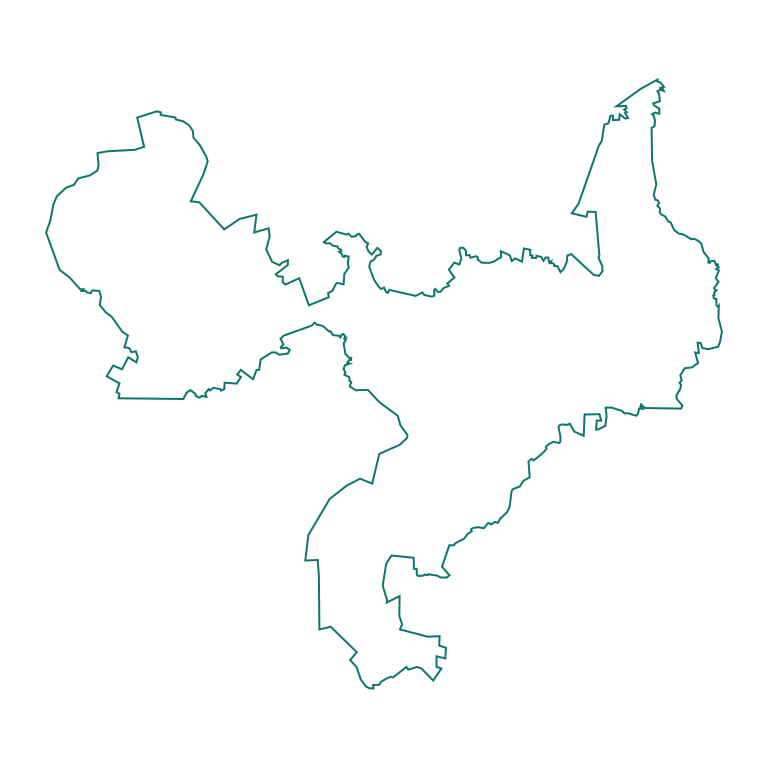 the district of Pichucalco, Chiapas, Mexico
{"feature_id": "50627088B71001780437280", "entity_name": "Pichucalco", "entity_type": "district", "adm_level": 2, "iso_a3": "MEX", "parent_name": "Mexico", "parent_adm1": "Chiapas", "projection": "mercator", "projection_center": [-93.132, 17.509], "detail": "fine", "context": "isolated", "style": "outline", "palette": "teal", "viewbox_px": 768, "rotation_deg": 0, "n_neighbors": 0, "source": "geoboundaries", "source_scale": "gbopen_adm2", "svg_char_len": 6094}
<svg xmlns="http://www.w3.org/2000/svg" viewBox="0 0 768 768"><path d="M329.7,498.9L308.4,535.0L305.3,560.5L317.7,560.0L318.9,575.9L319.4,629.5L330.7,626.7L356.8,652.2L350.1,660.0L356.5,667.0L360.8,679.5L365.8,686.3L369.2,688.2L373.5,688.5L373.1,685.0L379.2,684.8L381.1,681.8L386.6,678.5L390.5,676.8L393.1,677.4L406.4,667.0L408.4,669.7L417.0,666.9L421.6,668.7L433.2,680.5L441.4,668.5L436.5,666.8L436.5,656.3L445.3,658.4L446.0,647.8L439.2,645.6L439.6,636.2L427.6,636.7L400.0,629.4L402.1,624.3L399.3,615.9L399.6,596.1L386.8,602.5L387.2,600.6L382.7,585.7L386.2,563.8L391.4,555.5L413.7,557.8L413.9,568.8L416.6,569.0L416.9,574.9L418.4,576.0L423.6,575.6L424.3,574.6L427.7,575.2L428.2,574.2L437.4,575.7L440.5,577.5L446.7,577.5L449.5,575.3L442.0,566.7L449.4,545.2L453.7,545.3L455.6,543.1L464.2,538.6L467.4,534.1L471.7,531.4L471.0,529.3L472.8,528.1L477.8,527.2L483.9,528.2L488.1,523.0L491.6,524.4L494.5,522.0L497.9,522.8L499.8,519.1L507.3,511.9L509.7,506.5L511.6,491.0L513.3,488.9L519.7,486.6L523.4,480.8L529.7,477.3L528.5,461.5L531.5,458.9L533.7,460.3L538.7,456.5L544.1,451.7L546.5,448.9L545.8,446.7L549.1,443.9L553.5,441.8L559.3,443.0L560.3,441.8L560.5,437.0L558.5,426.9L559.4,425.4L561.9,424.4L567.5,424.9L569.7,423.6L574.3,431.6L583.7,435.8L584.6,414.5L599.5,414.2L601.2,420.6L596.8,420.5L596.0,429.6L599.0,429.1L605.3,425.8L606.6,416.3L605.6,407.6L611.6,407.6L621.9,410.9L624.4,413.4L627.8,413.2L636.0,415.7L637.9,414.2L639.1,408.4L642.6,408.9L640.5,406.4L641.1,404.4L644.8,408.0L681.0,408.6L682.4,405.6L676.8,399.0L676.3,395.7L680.3,388.8L681.0,384.8L679.6,382.8L681.7,380.4L680.3,375.3L684.7,368.3L692.1,367.3L698.0,363.1L695.2,352.5L698.8,353.1L697.6,342.7L700.6,342.9L702.3,348.0L708.3,349.2L718.2,346.7L720.2,341.2L721.9,331.6L718.4,318.0L718.8,305.9L718.0,307.0L716.5,305.2L716.3,298.9L713.9,298.4L713.3,295.4L714.4,295.2L714.1,292.8L716.4,290.2L714.8,289.9L714.2,288.0L718.5,281.9L715.8,278.1L718.9,270.4L716.2,269.1L718.7,267.4L716.3,265.3L718.7,264.5L716.0,264.2L714.2,260.8L710.1,261.3L709.8,262.9L708.3,262.4L708.7,258.5L703.5,251.9L701.4,243.7L698.3,240.9L694.4,238.8L691.3,239.2L683.5,234.5L678.8,233.6L674.3,230.2L670.6,222.4L668.2,221.4L665.0,216.3L661.3,214.5L659.7,212.3L660.1,208.5L657.4,205.9L659.1,203.0L657.8,200.4L655.4,199.7L653.7,194.8L656.3,184.4L652.1,160.6L651.6,127.9L654.5,126.3L655.0,120.4L653.5,115.1L652.1,114.2L654.9,112.6L659.3,113.7L659.3,108.6L654.1,105.4L653.3,103.4L659.9,101.2L659.0,93.7L657.4,91.2L660.7,89.7L663.8,91.0L662.7,88.7L659.4,88.1L664.0,86.9L660.9,82.8L657.4,81.5L657.6,79.5L640.8,88.8L616.5,106.3L626.0,105.9L626.5,108.2L624.2,109.6L626.8,112.2L625.0,113.1L628.1,118.0L625.2,118.5L619.7,114.3L619.1,119.8L613.1,120.1L612.9,115.7L610.4,115.8L608.5,123.3L604.3,124.6L601.8,140.7L598.8,145.9L578.6,203.6L571.8,213.3L586.5,216.8L587.7,211.7L595.6,211.9L599.4,255.6L598.5,257.7L602.3,266.3L602.4,271.3L599.0,275.9L593.6,274.8L571.2,254.1L567.3,255.7L566.9,261.6L563.6,269.1L560.5,272.2L557.5,266.3L554.1,265.9L554.4,264.6L552.6,263.1L550.2,263.2L550.9,261.6L549.4,262.7L548.2,257.5L545.5,257.5L543.5,260.8L541.2,257.0L536.5,255.8L536.0,258.0L531.8,257.8L532.4,255.4L530.2,255.0L530.3,249.8L523.9,248.5L522.0,261.6L515.0,258.4L511.9,261.0L509.7,255.3L500.8,251.2L501.2,257.1L494.0,261.5L489.2,262.9L481.7,262.7L477.8,259.7L477.8,257.3L476.0,256.2L470.4,257.7L469.6,255.1L466.0,255.3L465.9,250.9L463.5,247.9L460.5,247.7L459.2,249.6L461.3,258.8L459.2,264.5L454.3,262.6L448.9,269.7L454.4,277.6L447.3,283.4L449.1,285.9L443.9,287.8L440.5,291.7L437.8,291.9L435.3,288.9L434.2,289.8L434.3,295.8L431.4,296.6L424.3,295.0L422.5,292.5L415.6,295.9L389.3,289.9L387.8,292.9L385.9,291.7L384.0,287.6L381.0,289.0L378.4,286.3L374.0,279.7L369.2,266.8L370.5,261.6L374.2,259.4L376.4,255.9L380.5,254.5L381.1,251.3L377.3,247.9L371.9,254.6L368.6,251.5L366.6,247.1L368.2,243.3L365.2,241.9L359.2,233.8L356.4,234.7L355.9,236.1L351.6,236.8L348.3,233.6L346.8,234.6L336.4,231.8L323.8,242.1L326.4,243.5L330.0,243.2L333.2,245.8L337.6,246.5L338.3,248.6L341.1,249.8L341.3,250.9L339.2,251.8L341.6,253.5L342.7,256.7L344.3,256.9L344.6,255.7L348.7,256.6L347.8,263.4L348.8,267.6L344.3,274.0L343.6,284.4L337.7,283.0L336.0,283.7L332.4,290.9L328.1,293.0L328.8,297.2L308.9,305.3L299.2,278.2L285.5,284.6L282.7,282.4L282.8,276.7L277.7,276.3L275.8,274.3L287.8,264.9L287.9,260.2L281.5,263.0L279.7,265.3L272.1,261.8L266.2,249.4L269.7,236.4L268.6,228.3L254.2,232.5L256.5,214.7L239.5,219.0L224.2,229.4L199.3,202.3L190.8,201.3L203.5,174.2L207.7,161.4L206.3,156.6L199.7,145.0L193.5,137.8L192.8,130.8L189.2,125.4L183.0,121.2L175.9,119.5L175.5,117.5L160.7,114.9L160.8,112.4L156.9,111.3L137.2,117.6L144.1,146.8L134.8,149.8L107.1,151.3L97.5,153.1L98.6,165.4L97.3,170.6L89.9,175.4L78.3,178.4L74.0,184.8L66.0,187.8L57.0,196.1L53.5,204.1L50.3,220.6L46.1,232.5L59.6,269.8L69.8,277.7L80.4,289.5L83.2,289.2L81.8,290.9L85.8,290.9L86.7,292.3L90.6,293.2L92.4,290.4L99.4,290.9L101.0,296.9L99.7,305.0L106.1,312.7L111.6,316.6L122.1,331.5L127.9,335.5L124.4,347.3L129.3,348.1L131.4,352.2L135.8,351.3L137.8,357.0L136.4,362.3L128.3,357.3L122.0,369.2L113.1,365.6L106.7,376.3L119.5,383.4L116.5,392.1L119.5,393.7L118.6,398.3L183.3,399.0L186.8,392.5L190.4,390.1L195.5,394.0L195.5,395.8L199.5,397.6L201.6,395.9L206.4,396.9L205.2,393.3L208.8,389.1L209.9,390.4L213.5,387.8L220.7,389.3L221.0,390.6L224.3,389.1L224.6,382.7L236.7,383.6L241.0,377.1L237.3,374.5L240.8,369.9L253.1,379.2L256.5,370.0L259.2,369.7L260.6,359.5L271.7,352.4L275.9,352.5L279.2,354.7L287.8,353.6L289.8,349.9L286.5,347.6L281.2,348.3L280.8,347.1L283.5,344.6L280.5,338.6L283.8,335.6L311.9,325.5L314.6,322.6L316.5,324.5L322.7,325.9L329.0,331.4L330.3,331.2L333.0,335.1L339.2,335.8L340.4,337.5L341.7,334.6L343.3,334.0L345.9,337.3L344.8,337.3L344.2,338.8L345.9,339.8L343.6,343.6L345.5,354.2L349.5,358.0L351.2,357.9L350.9,360.0L349.2,360.0L347.3,362.7L350.0,363.5L345.0,365.3L343.5,368.8L345.3,372.4L344.4,374.8L349.2,377.1L349.6,381.1L351.3,382.2L349.7,386.4L355.8,390.2L367.9,389.9L379.4,402.2L397.8,415.8L400.3,425.0L407.5,435.1L407.0,438.0L399.7,444.8L379.3,453.9L372.2,483.6L360.1,478.7L347.2,485.3L329.7,498.9Z" fill="none" stroke="#0f766e" stroke-width="2"/></svg>